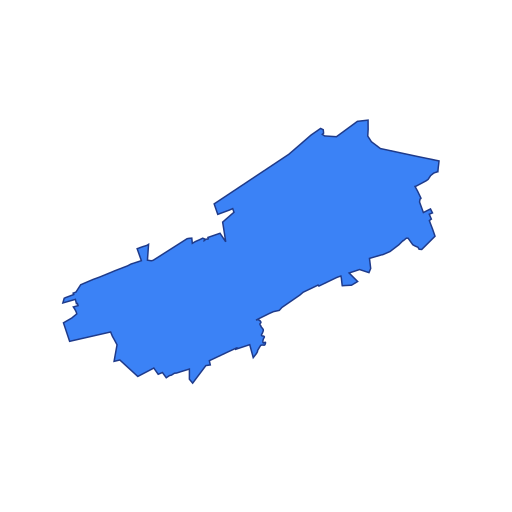 Jaumave, Tamaulipas, Mexico, rotated 71°
{"feature_id": "50627088B13423922112488", "entity_name": "Jaumave", "entity_type": "district", "adm_level": 2, "iso_a3": "MEX", "parent_name": "Mexico", "parent_adm1": "Tamaulipas", "projection": "equal_earth", "projection_center": [-99.351, 23.47], "detail": "fine", "context": "isolated", "style": "filled", "palette": "blue", "viewbox_px": 512, "rotation_deg": 71, "n_neighbors": 0, "source": "geoboundaries", "source_scale": "gbopen_adm2", "svg_char_len": 3197}
<svg xmlns="http://www.w3.org/2000/svg" viewBox="0 0 512 512"><g transform="rotate(71 256 256)"><path d="M164.0,105.8L161.7,116.3L169.4,141.1L164.8,152.1L162.5,153.7L161.9,152.1L158.5,151.3L156.4,153.4L159.6,164.7L170.5,191.8L193.1,278.6L204.2,278.6L203.9,266.1L203.6,262.6L207.5,262.6L208.8,266.0L213.1,276.5L221.6,278.0L232.7,280.0L223.7,282.4L222.8,282.6L222.8,295.4L223.8,295.5L224.2,295.6L224.2,296.5L223.8,297.9L224.1,299.0L224.3,299.2L224.6,299.5L224.6,300.0L223.5,299.1L223.2,299.0L221.8,300.6L222.2,303.8L222.6,308.7L223.3,312.1L218.2,310.9L217.5,313.5L217.2,315.5L226.6,354.7L226.4,356.6L224.6,360.0L210.0,353.8L210.4,355.5L210.4,357.5L210.3,359.7L210.3,361.8L210.3,362.7L210.4,363.1L210.3,363.3L210.4,363.9L210.4,365.1L210.4,366.0L223.1,365.9L222.9,376.8L223.3,379.3L223.5,380.6L224.0,394.4L224.3,398.7L225.0,410.9L225.1,416.8L225.1,417.4L226.1,431.1L231.5,438.0L231.6,441.0L233.1,440.9L233.3,448.0L233.3,449.2L233.5,451.1L237.5,453.9L238.2,440.9L242.6,441.3L242.7,440.3L245.0,440.4L244.7,445.3L247.1,444.7L248.2,444.5L250.4,444.2L252.4,444.3L254.3,449.5L254.6,450.1L256.5,459.8L276.0,460.0L280.5,418.2L285.3,417.9L289.1,417.2L294.7,416.3L309.4,424.5L310.0,418.6L331.4,407.0L330.6,401.7L328.7,389.1L336.0,387.0L335.7,382.4L341.9,380.5L340.9,376.7L341.1,374.7L340.3,371.3L340.8,369.2L340.9,366.0L340.9,365.1L341.2,355.8L344.5,356.9L350.8,359.1L355.6,357.3L343.3,339.1L344.1,334.7L341.2,334.4L339.8,334.2L337.6,314.2L336.6,304.3L337.3,303.0L337.2,305.5L337.6,305.6L337.8,290.8L351.2,291.7L348.4,287.4L347.0,285.8L345.9,285.3L342.8,281.7L342.6,281.4L342.3,281.0L342.0,280.6L342.0,280.2L342.2,279.2L342.3,278.9L342.5,278.4L342.7,277.9L343.0,277.3L342.9,276.6L342.2,275.9L341.6,275.5L341.3,275.3L341.0,275.2L340.7,275.2L340.6,275.4L340.5,275.8L340.6,276.8L340.6,277.0L340.6,277.4L340.3,277.6L339.9,277.6L338.7,277.2L338.2,276.9L337.9,276.8L336.8,276.0L335.5,274.6L335.0,274.4L334.7,274.5L334.4,274.7L334.1,275.1L334.0,275.3L333.6,276.2L333.3,276.4L333.0,276.6L332.7,276.6L332.4,276.5L331.9,276.2L331.6,275.7L330.8,274.9L329.6,273.9L328.9,273.4L328.6,273.3L327.7,273.1L325.6,273.8L324.4,274.3L324.0,274.1L322.9,274.4L322.1,274.6L321.6,274.5L321.3,274.3L321.1,274.0L320.8,273.3L320.6,273.1L320.3,272.9L319.8,272.9L318.6,273.2L318.4,273.5L317.4,274.1L317.0,274.7L316.7,274.9L316.6,276.9L314.7,262.3L314.3,257.6L315.0,251.7L313.1,248.3L307.2,227.2L305.6,223.2L303.7,206.8L304.9,206.3L302.6,186.7L302.5,182.3L304.7,182.5L308.7,183.4L311.9,184.1L312.2,184.1L312.9,181.5L314.7,175.2L313.2,168.2L302.4,173.5L302.5,162.5L308.5,154.6L305.1,151.6L302.7,151.1L295.2,149.5L295.8,136.8L296.0,135.9L296.0,135.4L295.4,127.8L291.9,117.3L289.3,112.0L289.5,111.7L288.1,108.1L288.7,106.4L296.4,104.1L298.3,102.4L300.5,100.0L302.7,99.6L303.7,97.4L303.8,97.2L295.6,80.3L287.7,80.3L285.2,80.4L279.0,80.6L278.4,79.1L278.2,78.2L272.9,78.6L272.7,75.1L268.3,75.7L269.4,83.6L258.2,83.8L255.6,82.4L255.4,81.5L255.1,81.2L247.3,82.1L242.0,83.0L242.1,82.1L240.3,70.7L239.6,68.3L236.8,64.7L235.5,61.1L235.4,59.3L235.5,57.5L235.2,57.2L235.5,56.6L231.5,54.8L228.9,53.5L225.7,52.0L214.6,70.7L203.1,89.8L194.9,103.4L185.5,109.7L179.0,111.3L172.9,108.8L164.0,105.8Z" fill="#3b82f6" stroke="#1e3a8a" stroke-width="1.5"/></g></svg>